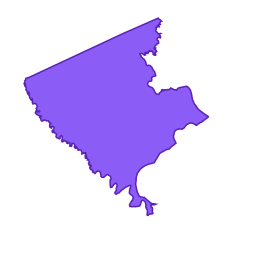 Velingara, Kolda, Senegal, rotated 155°
{"feature_id": "50182788B9780593325351", "entity_name": "Velingara", "entity_type": "district", "adm_level": 2, "iso_a3": "SEN", "parent_name": "Senegal", "parent_adm1": "Kolda", "projection": "natural_earth1", "projection_center": [-13.808, 13.111], "detail": "fine", "context": "isolated", "style": "filled", "palette": "violet", "viewbox_px": 256, "rotation_deg": 155, "n_neighbors": 0, "source": "geoboundaries", "source_scale": "gbopen_adm2", "svg_char_len": 5838}
<svg xmlns="http://www.w3.org/2000/svg" viewBox="0 0 256 256"><g transform="rotate(155 128 128)"><path d="M54.4,214.8L91.9,215.7L195.4,215.7L199.7,216.1L200.5,214.8L201.4,214.5L202.2,213.1L203.5,212.1L203.3,211.4L202.6,211.7L202.4,211.5L202.9,210.0L203.4,210.2L203.4,209.8L203.7,209.7L203.1,207.2L204.3,206.0L204.3,204.9L203.9,203.9L204.4,202.3L203.9,201.5L203.4,201.8L203.1,202.4L202.8,202.4L202.6,201.9L202.9,201.6L203.1,200.7L203.9,201.1L204.3,201.0L203.7,198.7L204.4,197.1L204.3,196.6L203.8,193.9L203.2,194.0L202.5,195.0L202.4,194.7L202.9,193.9L203.2,192.6L204.0,191.4L204.0,190.4L203.9,189.8L201.9,189.7L201.4,189.0L200.9,186.6L200.9,185.9L202.9,184.7L203.1,184.1L202.8,181.6L202.6,181.2L201.0,180.9L200.9,180.5L201.1,180.1L201.7,180.2L202.9,180.6L204.2,181.7L204.3,182.1L205.4,181.1L205.6,180.6L204.9,178.6L203.3,176.7L202.1,176.0L201.7,175.5L203.2,175.5L203.7,174.9L202.9,174.1L203.5,172.1L203.5,171.1L202.3,170.3L202.1,170.6L200.9,170.9L199.1,169.4L198.8,168.8L197.2,168.3L197.1,166.6L196.2,165.1L196.1,164.5L197.2,164.6L198.4,162.6L198.4,161.5L197.4,160.2L197.0,160.4L197.0,161.4L195.4,161.3L194.6,159.9L195.9,158.2L197.6,157.8L198.0,157.5L198.3,156.6L198.3,156.0L197.9,155.6L197.1,156.3L196.5,156.2L196.5,154.4L195.3,152.7L196.9,150.7L196.8,149.5L196.3,149.2L195.0,147.4L194.3,147.1L193.7,147.5L193.7,148.1L193.3,148.6L191.8,149.4L191.4,149.2L191.2,147.8L191.7,147.3L192.2,145.4L193.3,145.1L193.6,144.4L193.5,143.2L192.7,143.1L192.1,143.5L191.6,143.2L191.1,143.6L190.9,143.1L189.2,141.8L189.3,140.5L189.8,140.6L189.8,140.0L188.9,139.3L188.3,139.9L187.5,139.9L187.3,138.1L188.4,136.3L187.8,136.2L187.3,135.3L186.8,135.3L186.6,136.1L186.0,136.2L185.8,137.0L185.4,137.7L183.9,136.9L183.6,136.3L183.5,134.7L183.8,134.0L184.4,133.9L184.7,133.1L184.4,132.8L184.3,131.9L183.8,132.1L183.3,133.4L182.8,133.3L182.5,132.0L182.9,131.0L182.2,129.8L182.6,129.1L182.5,128.8L182.1,128.7L181.7,129.1L179.9,127.8L180.1,124.4L180.8,124.3L180.9,124.0L179.6,123.9L179.2,124.4L178.6,124.1L178.3,123.3L178.0,123.3L177.6,123.8L176.9,123.7L177.1,121.9L178.4,121.2L178.6,120.8L178.5,120.6L177.7,120.8L177.5,120.5L177.9,118.8L178.3,118.7L178.9,119.7L179.4,118.9L178.9,118.2L178.2,118.2L177.7,117.0L178.2,116.2L177.4,116.3L177.0,115.4L177.5,114.3L177.3,113.6L177.9,112.8L178.6,112.9L178.9,111.8L178.6,111.6L178.8,110.2L178.2,109.9L177.3,110.1L177.2,109.7L177.5,108.9L178.3,108.5L179.4,108.4L179.6,107.9L179.3,106.0L179.0,105.6L178.5,105.8L178.1,105.5L177.9,104.4L178.1,103.5L178.3,103.6L178.6,103.4L178.4,102.4L177.4,101.8L177.2,100.7L176.6,100.8L175.0,101.8L173.2,101.5L172.4,101.1L172.0,100.1L172.0,99.3L172.0,98.4L172.9,95.9L172.9,95.3L172.5,94.4L170.8,93.5L166.9,94.7L166.2,94.4L164.4,91.7L164.5,89.9L165.2,88.8L165.8,88.8L166.4,88.0L168.6,83.0L168.8,81.4L167.3,81.2L166.9,81.7L162.8,83.3L162.2,82.9L161.9,81.9L161.9,81.0L163.3,79.0L164.2,78.3L164.7,76.9L165.5,75.9L167.0,75.2L167.4,74.3L166.9,73.0L164.3,73.2L163.7,73.0L159.5,74.5L157.5,74.7L155.2,75.5L153.8,75.2L151.1,75.3L149.8,74.8L149.9,74.1L152.3,71.8L154.2,68.7L154.0,66.8L153.1,65.8L152.7,64.6L152.6,62.7L154.5,60.6L155.1,60.6L158.8,58.0L159.3,57.2L159.5,56.4L159.3,56.0L157.7,55.0L155.8,54.3L154.8,53.6L150.8,52.5L150.1,52.5L149.2,53.3L146.6,56.2L146.2,56.4L145.1,56.3L144.5,55.8L143.8,53.9L143.8,52.8L144.3,50.8L145.4,48.3L145.2,45.4L146.1,43.3L147.4,41.4L147.4,40.6L146.4,40.4L145.8,40.8L144.9,40.9L142.3,39.9L141.5,40.1L141.1,42.2L139.8,44.6L139.7,45.8L140.2,47.7L139.8,48.7L136.3,47.2L134.9,47.2L138.9,49.9L138.8,50.2L139.3,50.9L142.4,57.7L142.5,57.5L144.1,59.3L145.6,59.9L146.6,61.9L146.7,64.3L146.5,66.9L144.9,73.7L142.5,77.6L141.6,79.6L138.5,83.1L133.8,85.7L128.9,86.7L124.9,86.5L119.1,85.5L118.1,86.0L109.9,91.6L102.3,92.2L99.5,91.5L97.5,92.4L90.9,94.0L90.9,99.1L90.3,101.4L87.7,104.6L86.5,105.5L85.7,105.8L84.0,105.9L81.9,105.5L79.2,104.0L77.0,104.4L75.6,105.3L73.3,106.2L70.2,106.4L69.0,106.0L66.7,104.3L65.1,101.7L64.6,101.4L63.4,102.0L61.6,102.0L60.9,102.4L59.0,102.2L50.4,104.1L50.4,104.5L52.9,108.6L55.7,113.8L56.6,116.2L57.1,119.7L57.7,121.9L57.5,126.8L55.9,132.7L55.5,136.1L55.8,138.1L56.3,139.6L57.2,141.1L64.8,142.9L66.6,142.6L68.3,141.8L68.8,142.6L70.3,143.3L71.1,144.9L72.0,145.6L72.3,146.2L74.5,145.4L76.1,146.2L77.3,146.1L77.5,146.6L78.3,147.1L79.5,147.3L79.8,146.9L80.0,146.9L80.3,148.1L80.7,148.2L81.4,148.3L81.9,147.0L82.4,147.3L83.0,146.8L84.8,146.4L85.5,145.5L86.2,145.8L86.6,145.7L88.0,147.0L88.2,148.4L88.5,149.1L88.4,152.3L88.8,153.7L89.2,154.6L90.7,156.1L91.9,157.9L91.5,159.9L90.1,161.2L88.5,161.4L87.6,160.7L86.8,160.7L85.9,162.0L85.3,163.9L84.5,163.7L83.6,164.1L81.0,163.5L80.6,164.0L80.1,167.8L80.7,170.3L80.7,173.1L81.6,175.3L82.7,176.1L84.3,176.5L84.5,177.0L84.6,177.6L84.1,180.2L84.2,182.5L84.4,183.7L85.0,184.5L85.9,187.0L85.6,187.4L86.1,189.8L85.7,190.3L84.3,189.9L83.3,188.9L82.4,187.1L81.2,186.8L80.9,187.6L81.4,187.9L81.4,188.4L80.2,189.2L79.6,188.3L78.7,188.7L78.2,188.5L77.8,187.7L78.9,187.4L78.6,187.1L76.7,188.5L76.2,188.3L75.8,189.1L74.7,187.5L74.1,187.4L73.8,187.7L73.6,187.4L73.4,187.1L73.5,184.7L74.1,184.4L74.1,184.2L73.5,183.1L72.5,182.3L71.9,182.5L71.9,183.0L72.8,183.3L73.0,183.6L72.6,184.6L72.3,184.7L71.8,184.1L70.5,185.1L69.7,185.2L69.9,187.6L69.6,188.5L69.1,188.8L69.3,189.0L70.3,188.1L70.7,188.2L70.8,188.8L70.6,189.5L69.8,189.7L69.4,190.4L67.5,191.5L66.9,191.4L66.5,192.0L65.9,192.1L65.1,191.8L64.3,192.0L63.8,193.3L63.7,194.3L64.3,195.5L64.3,196.3L62.8,197.2L62.1,197.3L61.4,197.2L60.9,196.1L60.5,196.0L59.9,197.0L60.0,199.4L59.5,199.8L58.5,199.8L58.9,200.2L60.5,200.0L60.7,200.3L61.0,201.2L61.1,202.5L61.8,203.7L61.8,204.3L61.6,204.7L60.4,205.8L60.7,207.0L59.8,207.3L58.9,207.1L58.6,207.3L58.5,208.0L57.7,208.4L57.2,208.0L57.1,206.4L56.8,206.4L56.9,208.4L56.6,208.7L56.3,208.8L55.2,208.2L54.9,208.2L55.2,209.5L53.0,210.9L52.4,210.7L53.5,213.2L54.5,214.5L54.4,214.8Z" fill="#8b5cf6" stroke="#5b21b6" stroke-width="1.5"/></g></svg>